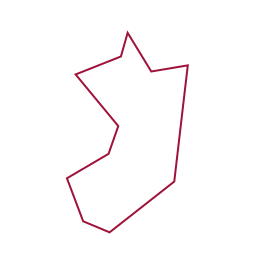 the district of Norton, Virginia, United States of America, rotated 154°
{"feature_id": "52423323B88769302498255", "entity_name": "Norton", "entity_type": "district", "adm_level": 2, "iso_a3": "USA", "parent_name": "United States of America", "parent_adm1": "Virginia", "projection": "equal_earth", "projection_center": [-82.626, 36.929], "detail": "fine", "context": "isolated", "style": "outline", "palette": "rose", "viewbox_px": 256, "rotation_deg": 154, "n_neighbors": 0, "source": "geoboundaries", "source_scale": "gbopen_adm2", "svg_char_len": 303}
<svg xmlns="http://www.w3.org/2000/svg" viewBox="0 0 256 256"><g transform="rotate(154 128 128)"><path d="M46.8,158.1L82.3,168.6L86.6,213.7L103.0,195.4L151.6,199.1L135.9,134.0L156.8,113.3L204.9,109.6L209.2,63.8L190.3,42.3L109.9,59.6L46.8,158.1Z" fill="none" stroke="#9f1239" stroke-width="2"/></g></svg>